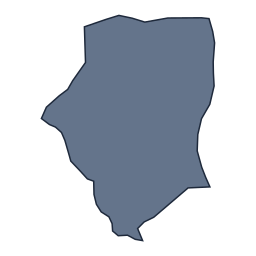 outline of Fitri, Batha, Chad
{"feature_id": "50815135B60006364885554", "entity_name": "Fitri", "entity_type": "district", "adm_level": 2, "iso_a3": "TCD", "parent_name": "Chad", "parent_adm1": "Batha", "projection": "orthographic", "projection_center": [17.521, 12.811], "detail": "fine", "context": "isolated", "style": "filled", "palette": "slate", "viewbox_px": 256, "rotation_deg": 0, "n_neighbors": 0, "source": "geoboundaries", "source_scale": "gbopen_adm2", "svg_char_len": 707}
<svg xmlns="http://www.w3.org/2000/svg" viewBox="0 0 256 256"><path d="M84.4,26.8L85.5,62.5L72.7,80.7L67.7,89.4L59.2,95.8L46.4,107.2L41.4,118.5L49.4,124.5L55.5,127.1L61.5,132.5L64.9,140.4L69.4,156.0L70.8,161.1L79.0,169.7L87.4,178.9L93.7,181.2L94.0,194.5L96.4,204.3L101.2,211.9L108.9,216.8L112.1,223.6L112.6,231.0L118.2,235.7L118.4,235.7L127.5,235.2L135.2,239.3L142.6,240.6L137.6,228.5L144.2,221.9L153.8,217.2L188.1,187.9L209.9,186.9L205.6,177.2L201.7,167.2L197.2,150.9L197.8,134.5L201.5,118.7L209.8,104.3L214.1,86.0L213.4,73.1L213.2,61.9L214.6,42.9L212.7,31.5L209.0,18.6L201.5,17.8L167.9,18.0L144.8,22.1L132.2,18.2L118.9,15.4L106.3,19.3L84.4,26.8Z" fill="#64748b" stroke="#1e293b" stroke-width="1.5"/></svg>